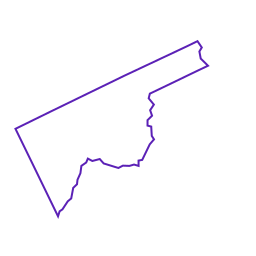 Sumter, Florida, United States of America, rotated 244°
{"feature_id": "52423323B60260447284731", "entity_name": "Sumter", "entity_type": "district", "adm_level": 2, "iso_a3": "USA", "parent_name": "United States of America", "parent_adm1": "Florida", "projection": "mercator", "projection_center": [-82.144, 28.633], "detail": "fine", "context": "isolated", "style": "outline", "palette": "violet", "viewbox_px": 256, "rotation_deg": 244, "n_neighbors": 0, "source": "geoboundaries", "source_scale": "gbopen_adm2", "svg_char_len": 697}
<svg xmlns="http://www.w3.org/2000/svg" viewBox="0 0 256 256"><g transform="rotate(244 128 128)"><path d="M176.6,26.5L138.2,26.5L79.3,26.4L83.1,30.0L83.6,33.4L88.5,41.7L89.6,46.1L98.2,52.5L99.8,57.5L103.6,59.9L108.2,65.4L114.4,69.5L115.3,75.3L118.1,78.5L114.0,81.5L112.5,89.0L106.8,90.6L96.3,101.8L96.4,106.9L93.3,112.7L92.5,117.4L89.3,120.9L94.1,123.2L93.1,126.8L103.8,140.4L106.4,146.4L110.5,145.9L119.1,149.5L121.6,146.6L126.5,149.0L128.5,155.0L134.3,155.7L137.7,161.5L145.6,159.6L149.3,162.7L149.2,176.0L149.0,217.1L148.9,227.2L158.5,223.8L165.5,225.7L168.0,229.6L175.6,228.5L175.6,217.2L176.5,153.3L176.6,147.3L176.7,65.0L176.6,26.5Z" fill="none" stroke="#5b21b6" stroke-width="2"/></g></svg>